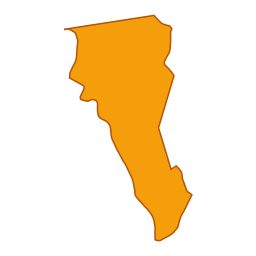 outline of Gentil, Laborie, Saint Lucia
{"feature_id": "8701671B78073152626196", "entity_name": "Gentil", "entity_type": "district", "adm_level": 2, "iso_a3": "LCA", "parent_name": "Saint Lucia", "parent_adm1": "Laborie", "projection": "natural_earth1", "projection_center": [-60.989, 13.767], "detail": "fine", "context": "isolated", "style": "filled", "palette": "amber", "viewbox_px": 256, "rotation_deg": 0, "n_neighbors": 0, "source": "geoboundaries", "source_scale": "gbopen_adm2", "svg_char_len": 2927}
<svg xmlns="http://www.w3.org/2000/svg" viewBox="0 0 256 256"><path d="M154.1,15.4L64.1,29.3L64.7,29.5L65.9,29.4L67.7,28.9L69.1,29.4L70.5,29.8L72.7,31.2L75.1,32.6L75.9,34.3L76.6,36.4L77.2,38.6L77.6,40.0L77.9,40.8L77.3,45.7L76.9,50.5L76.7,54.6L76.7,55.9L76.1,58.9L75.7,61.0L74.7,63.0L73.6,65.2L72.7,66.7L71.2,70.0L70.1,72.5L69.7,75.6L69.6,78.0L82.6,85.2L83.6,86.1L83.9,86.4L84.1,87.1L84.2,87.9L83.9,88.9L83.4,89.9L83.1,90.8L82.8,91.4L82.2,92.5L81.8,93.4L81.3,94.6L80.9,95.3L80.6,95.9L80.3,96.8L80.2,97.5L80.3,98.2L80.7,99.2L81.1,99.4L81.9,99.8L82.7,100.1L83.7,100.4L84.8,100.6L85.5,100.8L86.3,101.1L87.1,101.1L88.1,101.2L88.9,100.9L89.9,100.4L91.0,100.0L91.8,99.6L92.9,99.5L94.0,99.8L94.5,100.0L95.2,100.3L96.1,100.7L96.7,101.3L97.1,102.0L97.5,103.2L97.6,104.0L97.6,105.2L97.5,106.7L97.5,107.2L97.5,108.3L97.4,109.4L97.5,110.5L97.6,111.3L97.9,113.2L98.0,113.9L98.1,114.6L98.4,115.7L98.7,116.2L99.2,117.0L100.3,118.2L101.2,118.7L102.4,119.4L103.1,119.7L105.0,120.5L106.3,121.3L107.1,122.0L107.9,122.8L108.5,123.5L108.8,124.1L109.3,124.8L109.7,125.4L110.0,126.2L110.2,126.8L110.4,127.7L110.5,128.4L110.7,129.5L110.8,130.9L110.9,131.9L111.0,133.4L111.1,134.7L111.3,135.4L111.4,136.4L111.6,137.4L112.0,138.7L112.7,140.5L113.7,142.4L114.6,144.4L115.7,146.8L116.2,148.0L116.9,149.4L117.6,150.7L118.2,151.8L118.9,153.1L119.6,154.4L119.9,155.1L120.6,156.2L121.0,157.0L121.3,157.5L121.8,158.5L122.8,160.4L123.6,161.6L124.2,162.4L124.7,163.2L125.4,164.4L125.8,165.2L126.6,166.7L127.1,168.0L127.5,168.8L128.4,170.7L128.8,171.4L129.3,172.5L130.3,174.6L131.4,177.0L131.8,177.7L132.2,178.9L132.5,179.7L132.8,180.4L133.0,181.2L133.2,182.2L133.4,183.3L133.6,184.4L133.8,185.3L134.0,186.4L134.2,187.7L134.4,188.8L134.8,190.7L134.8,192.1L134.9,193.4L135.2,194.9L135.8,196.2L136.4,197.0L137.4,198.4L139.9,201.2L143.8,205.5L144.8,206.6L145.6,207.5L146.8,208.5L147.6,209.6L148.2,210.2L149.2,211.5L149.8,212.3L150.6,213.2L151.0,213.9L151.6,214.7L152.0,215.7L152.8,217.2L153.1,217.9L153.5,219.0L153.9,220.0L154.2,221.9L154.4,223.2L154.5,224.3L154.7,225.0L154.9,226.0L155.1,227.8L155.1,229.0L155.0,230.3L155.0,231.9L155.0,234.7L155.0,236.9L155.1,238.6L155.2,239.8L156.1,240.1L156.9,240.5L157.5,240.5L158.7,240.6L160.0,240.6L161.8,239.7L164.8,238.0L168.9,235.9L171.2,234.3L173.5,232.6L175.2,230.4L176.5,228.9L177.8,227.1L178.3,225.3L179.3,221.5L180.4,217.7L181.6,215.1L182.8,212.9L183.2,212.1L184.0,211.0L191.9,194.9L190.4,193.6L188.1,192.1L187.0,190.9L186.3,189.4L184.8,185.3L183.4,181.3L182.3,178.2L182.2,176.6L181.8,173.1L180.5,170.6L178.2,168.0L176.2,165.9L171.1,169.3L158.5,127.8L174.0,75.7L173.1,74.3L172.2,73.1L171.5,72.0L170.7,71.2L168.2,68.1L167.0,67.0L164.6,64.6L164.3,62.0L165.4,59.7L166.8,56.7L167.8,55.1L169.2,52.7L170.0,49.5L170.2,48.6L170.2,47.8L170.6,42.0L170.6,37.2L170.6,34.7L170.7,31.5L171.8,29.0L171.7,28.5L169.8,26.0L167.1,25.3L164.1,24.4L161.7,23.5L156.5,18.3L154.1,15.4Z" fill="#f59e0b" stroke="#b45309" stroke-width="1.5"/></svg>